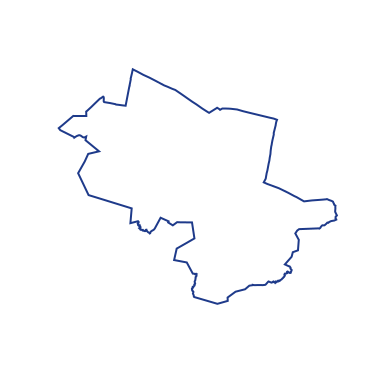 the district of Veclaicenes pag., Aluksne, Latvia, rotated 197°
{"feature_id": "27541924B82346412171752", "entity_name": "Veclaicenes pag.", "entity_type": "district", "adm_level": 2, "iso_a3": "LVA", "parent_name": "Latvia", "parent_adm1": "Aluksne", "projection": "orthographic", "projection_center": [26.921, 57.59], "detail": "fine", "context": "isolated", "style": "outline", "palette": "blue", "viewbox_px": 384, "rotation_deg": 197, "n_neighbors": 0, "source": "geoboundaries", "source_scale": "gbopen_adm2", "svg_char_len": 5463}
<svg xmlns="http://www.w3.org/2000/svg" viewBox="0 0 384 384"><g transform="rotate(197 192 192)"><path d="M50.8,220.9L52.3,221.4L52.7,222.1L52.8,222.1L54.4,224.0L55.9,224.3L58.7,224.4L60.9,224.7L61.4,224.3L66.1,222.4L75.1,218.9L82.1,215.8L83.1,216.0L90.6,217.7L92.9,218.0L99.9,219.4L110.0,221.0L122.3,221.7L126.2,222.2L125.4,226.3L125.8,229.3L125.9,230.3L126.1,231.7L126.2,234.6L127.0,241.6L127.2,244.6L127.7,247.6L128.1,251.2L128.3,252.1L128.8,254.3L129.5,258.5L129.6,259.6L129.6,260.2L129.9,262.2L130.1,264.1L130.2,265.0L130.6,270.9L131.1,272.3L131.5,280.3L131.7,281.4L131.9,283.3L131.9,284.6L131.8,285.9L135.3,286.1L139.2,285.8L159.4,284.6L161.1,284.5L166.7,284.2L173.0,284.1L179.4,282.9L182.3,282.2L187.4,280.7L189.2,278.8L189.9,279.2L192.6,279.9L193.4,278.9L194.2,278.0L198.8,272.7L200.8,273.2L206.5,274.8L213.5,277.1L218.1,278.4L224.6,280.5L227.0,281.3L230.1,282.3L235.9,284.1L237.8,284.7L241.1,284.9L246.1,285.5L249.8,285.8L257.0,287.2L259.0,287.6L266.1,288.9L272.8,289.8L279.2,291.1L284.5,292.0L284.1,287.4L283.8,282.4L283.5,281.9L282.8,275.0L282.7,275.0L282.7,273.8L282.0,267.2L280.7,255.1L284.0,254.5L287.7,253.9L290.3,253.4L290.8,253.6L291.0,253.6L296.3,253.1L302.2,252.3L302.5,252.4L303.0,253.0L303.8,256.1L304.1,256.5L304.2,256.9L304.9,257.2L306.6,255.0L306.9,254.7L307.1,254.6L307.5,254.1L310.8,248.2L313.2,243.8L316.0,239.0L316.7,238.0L315.3,233.8L324.4,231.0L325.4,230.7L327.8,230.0L335.6,217.8L338.1,214.1L336.0,212.6L321.0,210.1L320.5,209.5L319.7,210.5L318.7,211.7L317.6,212.6L316.9,213.1L316.6,213.3L316.1,213.4L315.2,213.4L314.3,213.2L312.7,212.6L312.1,212.5L311.7,212.5L310.9,212.7L310.6,212.9L310.1,213.4L309.4,214.1L309.0,210.4L292.8,203.7L302.4,198.1L303.5,189.8L306.4,176.7L290.0,158.8L281.3,158.8L244.9,158.7L241.8,144.2L235.2,148.2L235.0,147.9L234.5,147.9L234.2,147.7L234.1,146.9L234.2,146.7L234.6,146.2L234.7,145.9L234.2,145.3L233.8,144.5L232.9,144.1L232.7,144.2L232.4,144.9L232.3,145.0L232.2,144.9L232.1,144.0L231.9,143.8L231.8,143.7L231.8,143.4L231.8,143.2L231.7,143.1L231.1,143.5L230.9,143.2L231.0,142.8L231.0,142.7L231.2,142.4L231.7,142.0L231.8,141.9L231.6,141.8L231.3,141.6L230.5,141.7L230.4,141.5L230.3,141.0L230.2,140.9L229.9,141.1L229.4,141.1L229.0,141.1L228.4,140.9L228.2,141.0L228.0,141.3L227.9,141.4L227.7,141.3L227.7,141.1L227.8,140.8L227.7,140.7L227.3,140.7L227.1,140.9L226.9,141.0L226.3,140.9L225.8,140.8L225.5,140.8L225.0,141.1L225.0,141.4L225.1,141.6L225.0,142.4L224.9,142.5L224.6,142.6L224.5,142.4L224.3,142.3L224.2,142.1L224.0,141.9L223.3,141.3L222.8,141.0L222.2,140.7L220.8,140.4L220.3,140.0L220.1,140.2L220.0,140.3L220.1,140.5L219.9,141.8L219.8,142.0L219.5,142.5L218.8,143.4L218.0,144.2L217.6,144.7L217.3,145.2L216.9,146.3L214.5,158.2L205.8,157.1L205.9,155.9L200.6,154.5L197.4,158.8L195.0,159.4L183.1,162.9L176.1,148.3L190.1,133.4L189.2,121.7L176.4,123.1L167.4,114.2L165.2,114.6L165.3,114.5L165.3,114.4L165.2,114.3L164.6,114.6L164.2,114.9L163.8,114.5L163.8,114.3L163.3,114.0L163.5,113.3L163.2,112.5L163.5,112.1L163.7,111.6L163.3,110.4L163.3,110.1L163.3,109.7L163.1,109.1L163.1,108.6L163.1,108.2L163.3,107.4L163.3,107.2L162.9,106.3L162.3,105.6L162.2,105.3L162.2,105.0L162.4,104.8L162.7,104.4L162.8,104.3L162.8,104.1L162.7,103.9L162.4,103.7L162.2,103.3L162.8,102.3L162.9,101.4L163.0,101.2L163.6,101.3L163.6,101.1L163.5,100.9L163.5,100.6L163.3,100.2L163.3,99.9L163.4,99.7L163.7,99.7L163.8,99.6L163.8,99.3L163.7,99.1L163.4,98.9L163.3,98.4L163.1,98.0L162.7,97.8L162.5,97.7L162.4,97.4L162.0,97.3L161.5,97.0L161.4,96.7L161.5,96.5L161.4,95.8L161.4,95.5L161.4,95.1L161.1,94.8L160.3,93.9L160.0,93.4L159.7,92.6L159.2,92.4L159.1,92.2L135.0,92.5L126.0,98.3L127.1,101.5L121.2,109.4L112.8,114.5L109.8,119.2L106.4,120.8L106.5,121.0L105.3,121.1L104.4,121.4L99.8,122.9L97.2,123.6L96.0,124.1L94.9,124.6L94.5,125.0L93.0,128.3L92.7,128.8L92.2,128.8L89.9,128.6L89.4,128.6L89.2,128.7L89.2,128.9L89.1,129.0L88.7,129.4L88.5,129.6L88.4,129.8L88.2,129.9L87.9,130.3L87.3,130.2L87.0,130.0L86.9,129.9L87.0,129.7L86.7,129.7L86.6,129.9L86.3,129.9L86.2,129.8L86.1,130.1L86.0,130.4L86.4,130.5L85.9,130.6L85.7,130.4L85.7,130.5L85.6,130.8L85.4,130.7L85.0,130.9L84.8,130.8L84.7,131.0L84.5,131.4L84.3,131.5L84.2,131.6L84.0,131.4L83.8,131.4L83.8,131.6L83.8,131.9L83.8,132.2L83.8,132.3L83.6,132.4L83.4,132.3L82.7,132.5L82.5,132.4L82.3,132.6L82.2,132.7L82.3,132.8L82.4,133.0L81.8,133.5L81.6,133.7L80.7,134.7L80.6,135.0L80.4,135.6L80.1,135.9L79.8,136.4L79.7,136.9L79.7,137.0L79.3,137.4L79.3,137.5L79.2,137.8L78.9,138.6L78.8,139.2L78.8,139.4L78.9,139.5L79.3,139.6L79.5,140.0L79.5,140.3L79.4,140.8L79.3,141.1L78.3,141.4L77.8,141.8L77.3,142.2L77.3,142.4L77.3,142.6L77.8,143.2L77.8,143.4L77.6,143.7L77.4,143.9L77.1,143.9L75.6,143.2L75.3,143.1L74.5,143.3L74.5,143.5L74.2,143.5L73.9,143.7L73.9,143.9L74.1,144.2L74.2,144.5L73.8,145.8L73.9,146.5L74.0,146.7L74.5,146.9L75.4,147.5L75.5,147.6L75.6,148.4L75.8,148.6L76.8,149.3L76.9,149.2L82.0,149.9L77.8,159.2L78.0,163.9L73.6,167.2L75.9,177.5L81.1,182.6L80.1,185.9L78.7,187.8L60.1,194.3L59.6,194.2L59.4,194.4L59.1,194.8L58.9,195.1L58.7,195.6L58.7,196.0L58.0,197.7L57.7,198.1L57.5,198.3L57.1,198.4L55.9,198.7L55.6,198.9L55.4,199.1L55.0,199.8L54.4,200.7L53.7,202.1L53.6,202.3L52.9,202.3L52.6,202.4L52.5,202.6L52.4,203.0L52.2,203.2L50.9,204.5L50.2,205.0L47.6,206.3L46.7,207.1L45.9,207.8L46.0,208.0L47.0,208.7L47.1,208.8L47.1,209.4L47.4,210.0L47.4,210.5L46.7,211.6L46.7,211.8L46.6,212.0L46.8,212.2L47.5,212.9L49.3,214.9L49.6,216.0L50.1,218.3L50.6,219.6L50.8,220.9Z" fill="none" stroke="#1e3a8a" stroke-width="2"/></g></svg>